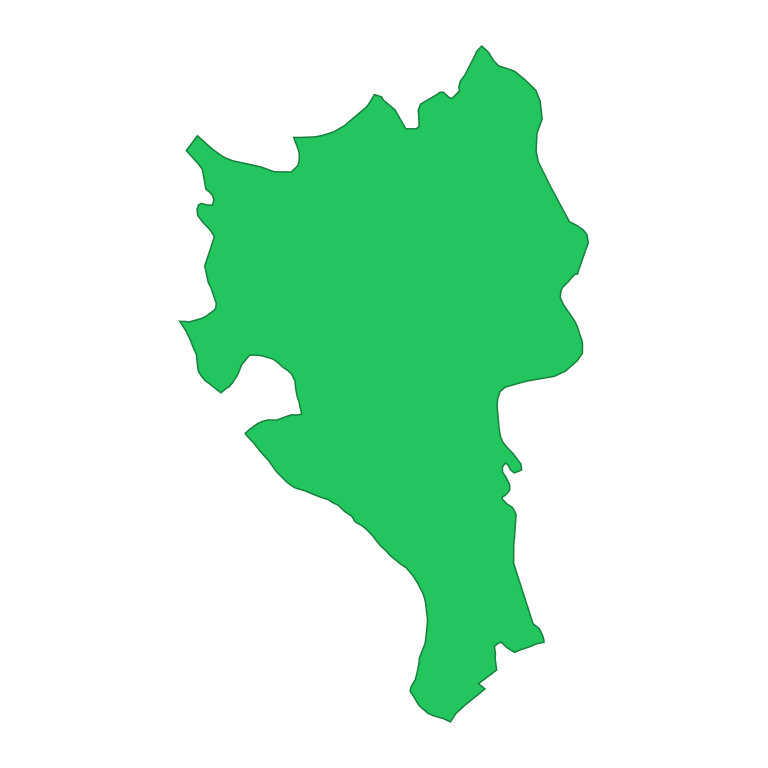 Disuq, Kafr ash Shaykh, Egypt (Robinson projection)
{"feature_id": "37247803B5020556280365", "entity_name": "Disuq", "entity_type": "district", "adm_level": 2, "iso_a3": "EGY", "parent_name": "Egypt", "parent_adm1": "Kafr ash Shaykh", "projection": "robinson", "projection_center": [30.711, 31.149], "detail": "fine", "context": "isolated", "style": "filled", "palette": "green", "viewbox_px": 768, "rotation_deg": 0, "n_neighbors": 0, "source": "geoboundaries", "source_scale": "gbopen_adm2", "svg_char_len": 4067}
<svg xmlns="http://www.w3.org/2000/svg" viewBox="0 0 768 768"><path d="M544.0,642.3L543.8,639.5L543.1,637.2L542.4,635.0L541.7,633.5L539.5,628.9L533.0,623.6L520.5,584.6L517.1,574.2L513.6,563.2L513.7,555.7L513.7,545.1L514.5,537.6L515.3,525.6L516.1,514.3L515.0,512.1L512.5,507.5L506.7,503.7L502.3,499.1L502.3,496.9L505.3,495.4L509.7,490.2L509.7,484.9L506.1,477.4L502.5,472.1L502.5,467.7L502.5,466.8L505.5,463.1L507.7,464.6L510.6,469.9L514.2,472.9L520.1,470.7L521.0,470.2L521.7,469.8L521.0,465.2L520.9,464.0L512.9,453.4L507.0,447.3L502.7,442.0L501.6,439.2L500.5,436.7L499.1,428.4L497.4,409.2L497.1,405.0L497.8,398.3L500.1,391.5L505.3,387.1L515.2,384.3L525.8,381.3L537.5,379.2L554.4,376.3L563.4,372.1L565.4,371.2L577.2,360.8L581.2,355.1L582.4,353.3L582.5,344.3L581.8,339.8L580.3,336.0L577.5,327.0L577.2,326.3L574.6,320.9L571.0,315.6L567.3,310.3L563.7,305.0L560.2,297.6L560.9,291.4L562.3,287.7L568.3,281.7L572.7,276.5L574.9,274.3L577.8,273.9L577.8,272.8L585.3,251.1L588.3,242.8L586.9,234.5L583.3,230.0L576.7,225.4L569.4,221.6L569.0,220.9L557.8,200.1L550.6,186.7L549.5,184.6L545.5,176.2L541.9,169.3L538.3,161.8L536.1,151.2L537.0,133.2L538.2,129.9L542.2,119.0L540.1,100.9L535.8,90.3L535.1,89.6L524.9,79.7L514.7,71.3L505.9,68.2L499.4,66.1L498.6,65.8L493.5,60.5L488.4,52.2L481.8,46.1L481.0,46.9L476.7,51.3L475.2,55.0L464.8,75.2L460.3,81.2L458.8,87.2L459.5,91.0L452.1,98.4L449.2,97.6L443.4,92.3L439.7,92.3L438.2,93.8L420.6,104.1L418.3,110.1L419.0,120.6L419.0,126.6L416.0,128.9L411.0,128.8L405.8,128.8L394.9,109.8L383.2,99.9L381.7,96.9L374.4,94.6L370.0,102.1L367.0,106.5L354.6,117.0L344.2,125.9L342.9,126.6L333.9,131.8L322.8,135.4L314.8,136.9L299.4,137.5L297.3,137.4L293.7,137.4L294.2,138.9L295.7,142.7L298.5,150.2L299.3,154.0L299.2,160.8L297.8,165.8L291.1,172.0L274.2,171.8L267.1,169.2L261.8,167.2L251.5,164.8L233.2,160.9L226.6,158.5L222.2,156.2L212.7,149.4L197.4,135.7L190.1,145.5L186.3,150.6L198.7,164.3L202.4,169.6L205.9,189.2L209.6,192.2L212.5,195.3L213.9,199.8L212.4,205.1L207.3,205.0L201.4,203.4L198.5,204.9L197.0,209.4L197.7,215.4L202.8,222.3L210.1,229.9L213.2,234.8L214.4,236.7L211.2,246.6L204.7,265.9L208.3,282.5L211.2,288.5L216.3,303.6L215.6,308.4L214.0,310.4L205.9,316.3L201.5,318.5L188.3,322.2L185.4,321.4L181.7,321.4L179.7,321.3L184.5,328.7L185.9,330.8L190.2,339.7L190.3,339.9L190.4,340.1L191.3,342.6L192.4,345.4L193.7,348.7L196.4,354.6L196.7,358.0L197.5,365.0L197.6,366.7L197.7,367.9L198.7,372.0L201.5,376.3L205.0,380.5L207.8,382.6L210.2,384.4L220.9,392.8L226.8,388.0L229.7,386.5L230.4,385.0L231.2,384.3L232.7,382.8L234.9,379.0L237.8,374.6L239.3,370.8L241.6,364.8L245.6,360.0L249.7,355.1L253.3,355.1L257.7,355.2L262.9,356.0L273.1,359.1L278.2,362.9L283.3,367.5L287.7,370.5L291.3,373.6L292.3,375.6L295.0,381.1L295.7,388.7L297.1,396.2L299.2,402.2L299.9,406.8L301.4,412.3L301.4,414.3L297.0,415.0L291.1,414.9L286.7,416.4L276.4,420.1L272.7,420.0L267.6,420.0L262.5,421.4L258.8,422.9L254.4,425.9L251.4,428.1L249.2,429.6L247.8,431.1L245.2,433.3L246.2,435.1L254.0,443.3L256.5,446.6L261.4,452.8L268.4,460.4L276.3,471.5L286.6,481.9L290.9,485.2L295.3,488.0L300.8,489.6L304.8,490.8L313.9,494.6L314.8,494.9L320.6,497.2L325.5,498.8L327.9,499.5L333.9,503.3L334.8,503.7L338.0,505.0L344.5,511.4L347.4,513.3L351.6,516.1L351.7,516.4L351.9,516.6L353.3,518.7L354.4,520.9L355.6,522.0L356.1,522.5L362.2,525.8L366.4,529.3L372.7,535.9L375.7,539.8L380.0,545.3L386.7,551.5L390.2,555.7L395.2,559.6L397.2,561.3L399.6,563.4L406.1,567.7L412.9,575.6L417.6,583.1L422.8,593.1L423.5,595.2L424.7,598.8L425.5,602.5L426.1,607.8L427.6,620.0L426.7,630.2L425.9,637.7L425.0,643.7L422.8,649.3L421.2,653.3L419.4,658.0L419.0,662.8L417.6,670.0L417.1,672.7L415.3,679.7L413.4,682.5L410.9,687.3L410.1,691.0L410.9,692.4L414.4,697.7L417.7,703.5L419.8,706.3L424.2,710.0L427.9,713.3L433.6,715.8L443.5,718.7L450.5,721.9L455.8,713.6L460.9,708.9L464.8,705.3L485.0,688.9L478.5,683.7L496.7,670.0L496.1,665.7L495.8,663.3L495.4,660.4L495.1,657.7L495.5,653.8L494.4,646.5L497.9,643.4L501.2,642.3L507.3,647.9L514.5,652.4L521.1,649.6L530.4,646.5L536.8,643.7L544.0,642.3Z" fill="#22c55e" stroke="#15803d" stroke-width="1.5"/></svg>